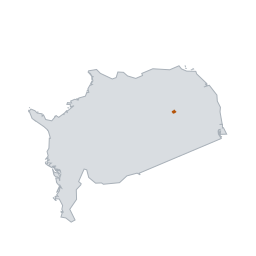 Davis, Utah, United States of America shown in context, rotated 159°
{"feature_id": "52423323B15270253892889", "entity_name": "Davis", "entity_type": "district", "adm_level": 2, "iso_a3": "USA", "parent_name": "United States of America", "parent_adm1": "Utah", "projection": "orthographic", "projection_center": [-111.927, 40.961], "detail": "fine", "context": "in_parent", "style": "filled", "palette": "amber", "viewbox_px": 256, "rotation_deg": 159, "n_neighbors": 0, "source": "geoboundaries", "source_scale": "gbopen_adm2", "svg_char_len": 3974}
<svg xmlns="http://www.w3.org/2000/svg" viewBox="0 0 256 256"><g transform="rotate(159 128 128)"><path d="M201.6,79.8L211.5,73.0L210.4,61.1L214.8,60.5L218.3,66.3L222.5,68.9L219.6,72.6L220.0,73.8L218.6,72.8L218.9,75.8L216.8,79.1L217.6,86.3L220.6,87.8L221.6,86.8L220.8,85.9L221.4,86.2L222.1,87.4L219.1,90.2L217.8,89.2L218.4,91.3L214.5,93.9L212.5,97.9L212.2,96.4L211.5,95.6L212.1,99.3L213.2,99.5L214.1,102.4L213.4,107.1L210.3,105.9L210.7,103.0L209.8,105.4L211.4,107.6L213.0,108.5L213.8,110.1L213.2,117.3L212.7,113.2L209.2,110.7L209.2,106.4L207.4,108.5L210.3,113.6L207.5,112.9L206.9,113.4L206.9,111.4L206.7,110.9L206.4,112.6L206.8,113.7L210.9,114.4L210.5,115.7L208.4,114.4L207.7,114.4L210.4,115.8L211.3,115.9L211.4,117.5L210.0,116.9L212.3,118.2L212.0,118.7L210.9,118.0L208.7,118.4L211.9,119.3L213.5,118.5L216.9,122.7L214.1,119.5L215.4,121.8L212.2,122.7L215.3,124.2L216.1,123.0L215.6,125.9L212.4,126.4L214.6,126.8L213.4,128.6L215.5,128.6L212.5,130.6L212.0,135.1L209.1,137.4L205.1,146.7L204.1,146.2L203.5,153.3L203.7,154.9L205.9,159.2L214.1,171.2L214.2,179.1L211.9,180.5L208.7,177.5L207.4,174.5L203.1,172.0L203.9,169.8L202.2,170.5L201.8,165.4L196.6,162.0L190.7,165.3L188.9,162.8L182.7,164.5L183.2,163.1L182.3,164.5L179.6,165.9L179.1,163.7L179.0,165.4L170.4,168.2L174.3,168.3L173.4,170.7L176.6,171.9L175.4,173.4L171.7,171.6L171.9,173.7L167.4,173.9L164.5,171.9L163.2,173.6L156.4,173.0L153.1,176.6L154.0,175.7L151.8,175.3L151.3,179.1L147.6,182.1L148.4,181.3L145.7,181.4L146.8,182.4L143.9,184.5L143.2,188.6L141.7,188.2L143.0,189.0L143.7,192.6L145.2,194.5L144.3,195.5L136.4,193.9L134.2,188.9L125.1,179.4L121.0,179.3L117.4,183.9L112.3,181.6L109.8,176.8L103.0,171.5L95.6,171.8L95.6,174.0L83.6,174.4L68.2,167.4L58.1,167.8L56.9,164.0L52.9,160.1L44.4,156.6L44.5,153.9L38.5,141.2L38.8,140.0L40.1,141.7L39.4,139.0L42.5,139.1L36.8,138.8L33.2,126.9L35.0,121.1L34.3,114.2L36.3,110.1L38.7,97.8L41.3,98.5L38.5,97.5L39.8,94.2L38.8,94.1L38.1,86.9L44.1,89.0L42.4,92.5L44.8,90.1L44.2,93.2L42.6,93.7L43.7,94.0L45.0,92.9L45.8,89.8L44.7,84.8L133.8,81.8L133.4,79.9L135.7,82.6L146.2,83.7L155.5,80.0L171.1,84.3L172.4,86.2L178.0,88.1L182.4,95.9L181.5,103.8L183.7,105.4L193.3,95.7L191.7,92.8L192.5,91.8L198.4,88.9L201.6,79.8ZM216.3,94.6L217.9,93.3L212.6,98.5L216.7,93.5L216.3,94.6ZM44.8,87.8L45.4,89.9L45.3,90.2L44.3,88.5L44.8,87.8ZM145.0,194.0L143.6,191.0L143.5,189.2L143.8,191.0L145.0,194.0ZM220.1,72.6L220.6,73.5L220.2,73.5L220.1,72.6ZM164.7,172.8L165.0,173.5L164.2,173.1L164.7,172.8ZM47.5,159.9L48.5,159.6L47.5,159.9ZM46.5,159.6L46.0,160.1L45.7,159.6L46.5,159.6ZM220.7,89.5L220.5,90.3L220.4,90.3L220.7,89.5ZM143.8,187.4L143.4,188.9L144.5,185.9L143.8,187.4ZM211.6,167.2L213.1,169.6L211.4,167.0L211.6,167.2ZM52.5,162.8L52.9,163.6L52.4,162.8L52.5,162.8ZM214.7,179.4L214.2,180.6L215.0,178.3L214.7,179.4ZM217.7,124.3L217.4,125.7L217.0,122.9L217.7,124.3ZM44.1,86.1L44.1,86.7L43.8,86.3L44.1,86.1ZM146.9,183.0L145.6,183.9L146.9,182.8L146.9,183.0ZM222.5,88.8L222.8,89.5L222.2,89.6L222.5,88.8ZM52.3,165.0L52.6,165.9L52.2,165.1L52.3,165.0ZM145.3,184.5L144.7,185.0L145.2,184.3L145.3,184.5ZM213.9,111.3L213.7,113.1L213.8,110.7L213.9,111.3ZM152.8,177.4L151.9,178.1L153.1,176.9L152.8,177.4ZM203.8,154.0L204.0,155.2L203.7,154.4L203.8,154.0ZM215.9,128.7L215.7,129.0L216.1,127.8L215.9,128.7ZM192.9,164.3L191.9,165.2L191.5,165.2L192.9,164.3ZM179.2,165.8L179.0,166.1L178.4,166.2L179.2,165.8ZM206.3,175.0L206.7,175.7L206.1,174.9L206.3,175.0ZM176.7,168.2L176.7,169.0L176.4,167.7L176.7,168.2ZM212.8,182.2L212.3,182.5L213.0,182.0L212.8,182.2ZM214.2,103.0L214.1,103.8L214.1,102.6L214.2,103.0ZM216.9,126.2L216.6,126.6L216.9,126.2Z" fill="#d9dde1" stroke="#a8b0b8" stroke-width="1"/><path d="M80.2,125.9L79.9,125.9L79.7,125.8L79.3,125.8L78.9,125.8L77.9,126.1L78.6,127.7L79.1,127.3L79.6,126.9L79.8,126.9L79.8,127.0L79.7,127.2L79.7,127.3L79.8,127.4L80.1,127.4L80.3,127.3L80.5,127.3L80.6,127.2L80.4,126.9L80.5,126.8L80.4,126.6L80.2,126.4L80.2,126.2L80.2,125.9L80.2,125.9Z" fill="#f59e0b" stroke="#b45309" stroke-width="1.5"/></g></svg>